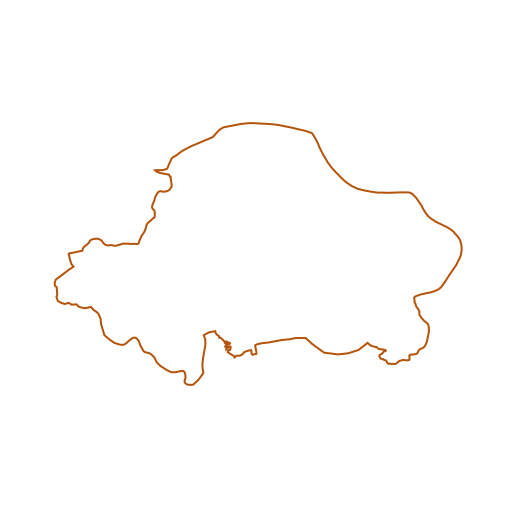 Kota Samarinda, Kalimantan Timur, Indonesia, rotated 79°
{"feature_id": "22746128B87893249930832", "entity_name": "Kota Samarinda", "entity_type": "district", "adm_level": 2, "iso_a3": "IDN", "parent_name": "Indonesia", "parent_adm1": "Kalimantan Timur", "projection": "mercator", "projection_center": [117.219, -0.51], "detail": "fine", "context": "isolated", "style": "outline", "palette": "amber", "viewbox_px": 512, "rotation_deg": 79, "n_neighbors": 0, "source": "geoboundaries", "source_scale": "gbopen_adm2", "svg_char_len": 6118}
<svg xmlns="http://www.w3.org/2000/svg" viewBox="0 0 512 512"><g transform="rotate(79 256 256)"><path d="M321.9,316.2L322.1,311.2L322.1,310.3L322.9,310.4L324.4,310.1L325.4,309.7L327.7,307.6L329.2,307.7L329.3,306.5L330.7,305.4L332.5,304.2L333.2,303.9L334.1,303.0L334.4,303.2L334.8,303.2L334.5,302.7L334.6,302.4L335.0,302.0L334.4,301.9L334.1,301.5L334.2,301.2L334.7,301.1L335.3,301.2L335.6,301.1L335.8,300.6L335.4,300.2L335.7,299.1L336.3,298.4L336.6,298.2L337.0,298.3L337.2,298.7L337.1,299.5L337.4,299.6L337.4,300.1L337.1,300.9L336.2,302.1L336.4,302.2L337.0,302.2L338.1,301.9L338.3,303.1L339.0,303.5L339.7,303.3L340.0,302.9L340.5,302.7L341.8,302.9L341.3,302.3L340.1,301.6L339.8,301.2L339.7,300.8L340.2,300.7L340.5,300.4L340.1,300.1L339.8,299.4L339.8,298.8L340.0,298.4L340.6,298.2L342.8,299.1L343.4,299.6L343.1,301.0L343.6,301.6L345.2,302.0L350.3,296.4L352.2,296.5L352.4,296.5L351.1,296.0L350.2,294.4L350.4,292.7L350.8,290.9L350.4,289.2L349.5,287.6L348.3,286.3L347.8,284.6L347.4,280.8L347.5,278.8L349.1,278.7L351.1,279.0L352.3,278.3L352.1,276.4L352.2,274.4L350.8,274.0L347.1,273.9L345.1,274.0L343.5,273.9L343.0,272.2L342.8,270.4L342.7,266.9L343.2,261.5L343.3,259.8L343.4,246.3L344.1,239.6L344.1,233.0L345.3,226.3L346.1,222.8L352.9,217.8L363.9,207.6L368.3,194.0L369.1,184.0L367.8,173.3L362.6,163.1L365.9,160.4L366.1,159.6L366.9,158.7L367.3,157.7L368.1,155.9L368.5,154.8L369.8,154.2L370.4,153.5L370.8,152.7L371.9,149.6L373.3,146.6L373.8,146.7L374.0,147.0L374.2,148.8L374.7,149.6L375.7,150.6L375.9,150.9L376.6,153.1L376.8,153.5L377.1,153.8L378.0,154.0L378.5,154.0L379.3,153.7L380.1,153.3L380.8,152.8L381.3,152.0L381.6,150.7L381.9,150.6L382.4,150.2L383.1,148.7L383.6,148.2L384.8,147.9L386.0,147.4L386.8,147.0L387.1,146.6L387.3,146.2L387.2,145.3L387.3,144.8L387.7,144.0L388.0,142.2L388.4,140.9L388.5,140.0L388.4,139.1L388.3,138.7L386.4,135.6L386.3,135.2L386.3,133.8L386.3,132.9L386.2,132.5L385.9,131.8L387.0,128.9L387.2,127.5L387.3,125.5L386.9,125.1L386.4,124.9L383.4,124.6L383.0,124.3L382.6,124.0L382.4,123.0L382.8,118.3L382.8,117.8L382.6,117.0L382.4,116.5L381.9,116.0L381.4,115.5L379.5,114.1L379.2,113.6L378.7,112.5L377.9,109.3L377.2,107.9L375.4,106.4L373.8,105.3L372.5,104.4L368.5,102.9L364.3,101.1L363.1,100.7L360.8,100.2L359.2,100.0L356.6,100.0L355.8,100.2L355.3,100.4L353.2,101.9L351.7,103.4L349.6,104.5L348.9,105.1L345.1,106.7L344.0,106.8L342.0,106.3L340.9,106.3L338.3,107.2L337.3,107.8L335.8,108.4L333.3,108.6L331.5,109.2L330.6,108.9L329.4,108.8L328.4,108.9L326.8,108.5L326.3,107.8L325.9,106.6L325.1,101.0L325.2,99.1L325.0,95.8L325.0,90.6L324.2,85.5L323.7,83.7L323.4,83.0L322.3,80.9L321.3,79.5L320.0,78.3L316.4,74.4L311.9,70.2L303.3,61.4L297.8,57.2L296.1,55.9L295.0,55.2L293.2,54.3L291.6,53.9L289.7,53.0L289.2,52.9L286.8,52.6L285.3,52.4L282.5,52.3L280.6,52.5L278.7,52.9L277.5,53.3L274.2,54.9L272.2,56.2L269.8,57.5L267.3,59.6L266.1,60.8L263.6,63.7L256.2,73.6L253.7,76.0L253.3,76.5L251.2,78.3L250.1,79.2L248.8,79.9L246.2,81.2L241.5,83.0L238.5,83.8L235.3,85.1L229.8,87.5L225.9,90.0L224.7,90.9L224.0,91.7L223.1,93.0L222.5,95.2L221.1,102.0L219.7,111.0L218.9,115.6L217.8,120.2L217.2,123.6L216.5,126.0L214.9,130.6L212.5,136.8L210.0,142.2L209.3,143.6L205.6,148.6L201.8,152.5L200.1,154.0L196.8,156.5L193.7,158.6L192.8,159.1L189.6,161.3L183.5,165.0L179.9,166.7L179.3,167.1L175.9,168.4L173.9,169.0L170.1,170.5L167.1,171.4L161.6,172.9L156.2,174.0L152.6,175.1L150.0,176.0L147.9,176.9L146.4,177.4L145.8,177.9L144.7,180.1L143.1,182.7L141.5,185.9L140.3,188.8L136.4,197.4L135.4,200.0L131.9,208.4L130.9,211.3L129.1,217.2L127.1,225.3L125.5,231.4L124.4,236.6L124.1,238.7L123.5,246.0L123.5,263.0L123.6,263.8L125.2,267.9L131.1,275.9L135.6,297.6L136.6,301.3L138.0,305.8L138.4,307.2L140.2,311.5L141.0,313.1L141.8,314.5L143.7,319.7L145.6,321.2L147.8,322.8L149.6,324.1L152.3,325.8L153.0,326.4L153.5,327.1L153.7,328.5L153.8,331.2L153.3,334.3L152.8,337.0L152.7,338.7L154.7,336.9L155.3,335.6L155.9,335.0L159.6,325.8L161.8,325.3L162.0,324.7L170.1,325.3L171.7,325.7L171.8,325.6L174.6,328.4L175.0,329.5L175.5,332.2L175.0,335.6L174.4,336.6L174.1,338.2L174.6,339.9L178.2,343.2L179.5,344.0L182.2,345.2L185.1,347.3L187.4,348.5L188.6,348.8L189.8,348.5L191.8,347.2L193.6,347.0L198.0,347.9L198.8,348.3L199.5,350.1L201.2,352.7L202.7,355.5L203.8,356.9L204.5,357.5L207.4,358.8L209.8,360.2L211.5,361.5L214.4,364.5L218.5,367.3L219.2,367.8L220.8,368.6L221.5,369.2L221.7,370.2L221.2,371.5L220.8,373.3L220.3,376.4L219.4,379.5L219.0,382.2L218.5,383.9L218.5,384.8L218.8,386.2L218.9,388.9L219.2,391.6L219.1,392.5L218.8,393.4L217.7,395.9L217.6,396.8L217.5,398.6L217.3,399.5L216.6,401.2L215.8,402.2L214.3,403.3L211.9,404.4L211.1,404.9L209.7,406.6L209.1,407.4L208.7,408.7L208.4,410.9L208.4,412.8L208.6,414.6L208.9,415.4L209.2,415.8L209.4,416.2L210.9,417.2L211.4,418.0L213.1,420.7L213.3,421.4L213.7,422.3L214.5,423.4L215.1,424.0L216.2,424.8L217.7,425.5L217.9,439.4L224.1,439.3L228.6,438.7L229.5,438.4L231.7,437.2L233.3,441.2L235.4,445.7L238.0,450.8L241.0,457.1L243.7,458.6L246.4,459.1L247.3,458.8L248.4,457.6L251.7,458.0L256.2,458.5L258.0,459.7L262.4,459.1L264.2,457.0L266.6,453.1L266.3,448.7L268.6,446.3L269.2,441.5L272.2,439.4L274.6,434.3L274.6,427.7L277.8,425.9L280.8,422.9L282.6,421.7L287.9,420.5L293.3,421.1L304.8,419.9L308.9,416.7L310.9,414.9L314.5,411.3L315.1,410.1L317.0,406.5L317.7,404.4L317.8,402.5L317.4,401.2L316.2,398.8L315.4,397.7L313.7,394.5L312.8,392.4L312.8,391.5L313.0,390.6L313.2,390.2L314.0,389.1L315.0,388.3L317.4,387.2L322.3,386.5L324.4,385.7L327.0,384.9L327.9,384.5L328.6,384.0L329.2,383.3L330.0,381.7L330.4,380.4L330.8,379.6L332.0,378.2L333.0,377.3L334.8,376.0L336.4,375.1L337.7,374.7L340.8,373.9L342.0,373.4L345.0,371.3L346.0,370.5L351.3,364.9L352.1,363.8L352.6,363.0L353.5,362.0L353.9,361.2L354.3,359.9L354.7,356.7L354.6,351.3L354.9,349.5L355.5,348.8L356.3,348.4L358.5,348.0L360.8,348.2L362.1,348.5L364.9,349.9L365.8,350.1L366.7,350.1L367.1,349.9L368.2,349.0L368.8,348.3L369.2,347.6L369.7,346.3L369.7,345.8L370.1,344.5L370.3,342.2L366.4,335.9L360.8,330.0L355.8,329.8L352.5,329.4L347.3,327.8L341.3,325.7L337.0,323.9L333.3,322.6L328.4,321.7L324.0,322.4L323.7,322.3L322.0,316.6L321.9,316.2Z" fill="none" stroke="#b45309" stroke-width="2"/></g></svg>